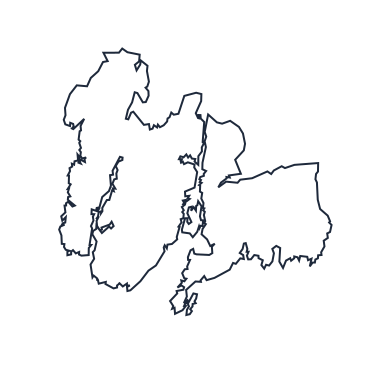 Tysvær nor, Rogaland, Norway, rotated 14°
{"feature_id": "86288312B7818860618631", "entity_name": "Tysvær nor", "entity_type": "district", "adm_level": 2, "iso_a3": "NOR", "parent_name": "Norway", "parent_adm1": "Rogaland", "projection": "albers", "projection_center": [5.664, 59.38], "detail": "fine", "context": "isolated", "style": "outline", "palette": "slate", "viewbox_px": 384, "rotation_deg": 14, "n_neighbors": 0, "source": "geoboundaries", "source_scale": "gbopen_adm2", "svg_char_len": 6058}
<svg xmlns="http://www.w3.org/2000/svg" viewBox="0 0 384 384"><g transform="rotate(14 192 192)"><path d="M52.7,157.0L57.7,157.5L57.1,154.3L60.2,154.7L61.3,156.9L60.1,159.4L61.6,159.7L69.7,147.1L67.9,154.8L69.4,159.1L68.3,160.2L69.3,168.6L71.3,169.7L70.7,171.6L73.6,176.1L72.5,178.5L74.5,180.2L74.9,183.9L77.3,186.0L80.9,184.1L79.7,185.9L80.9,188.8L76.2,187.6L75.8,190.0L77.1,191.3L74.7,191.0L74.4,185.2L71.9,183.3L73.8,188.9L70.6,190.6L71.0,194.0L68.6,193.6L69.6,196.3L67.4,198.5L68.6,201.2L67.4,206.1L68.7,205.9L70.3,213.3L72.4,213.9L70.7,219.0L71.8,218.5L71.6,222.4L75.0,225.7L73.0,226.9L73.4,229.6L81.6,233.5L79.5,235.0L74.2,231.4L72.5,233.4L73.1,235.5L71.6,236.0L74.1,242.4L71.0,247.2L73.1,251.2L75.6,246.9L76.4,252.3L74.2,253.6L73.6,255.7L76.3,254.5L72.6,257.4L72.2,260.6L75.8,265.7L78.2,273.8L80.8,273.4L81.1,276.3L83.5,278.6L87.3,278.7L85.5,279.9L86.4,283.5L89.8,281.8L89.2,279.2L90.6,277.2L94.1,279.7L97.0,277.5L97.5,280.0L100.1,280.5L107.0,278.2L105.4,271.3L107.0,267.8L105.4,268.2L103.9,251.5L102.2,249.5L103.3,243.5L101.8,240.0L102.4,237.2L99.8,237.8L98.9,233.1L104.9,233.6L105.6,231.6L103.4,232.5L103.4,230.5L105.9,229.3L106.1,218.6L111.2,211.2L111.8,205.5L108.4,195.5L111.2,194.3L109.8,190.6L113.6,175.3L116.3,175.4L116.7,177.8L113.3,180.3L111.7,185.2L114.5,188.7L114.1,192.3L115.8,197.3L113.5,198.5L112.8,203.2L116.8,207.3L114.4,207.7L115.9,210.1L114.1,209.8L113.7,219.7L111.3,220.4L108.8,229.1L109.7,232.3L108.9,234.6L108.5,232.8L106.4,234.0L106.7,238.7L105.5,241.5L107.5,238.0L106.4,243.1L108.1,247.9L111.9,251.5L113.7,250.2L112.8,248.4L120.0,243.5L121.2,240.3L124.2,244.0L122.3,247.0L119.9,245.6L114.5,253.6L107.4,247.8L108.0,251.0L105.5,253.7L105.5,257.1L111.4,263.1L111.6,272.1L110.3,274.4L113.2,280.5L111.1,286.9L116.1,298.9L116.8,296.9L120.7,298.7L121.7,299.8L120.3,300.4L121.9,300.0L123.7,303.5L130.1,300.1L130.3,302.2L139.2,304.5L142.4,302.8L141.9,300.8L143.8,298.4L142.9,297.6L147.7,300.4L151.0,296.6L151.5,298.4L154.3,297.8L151.9,299.8L153.3,303.7L156.0,302.3L163.5,291.1L168.8,278.8L174.8,272.0L179.7,256.2L178.0,252.7L178.4,250.3L181.2,252.8L180.9,249.0L185.1,247.3L189.1,241.5L188.1,239.4L188.4,228.9L187.3,228.9L189.2,224.0L187.6,221.1L189.9,219.6L189.3,215.2L187.4,213.8L188.4,211.7L185.8,209.0L188.2,206.0L188.3,204.2L187.4,205.9L186.4,205.9L187.0,204.4L185.2,202.5L187.9,201.2L188.1,203.4L191.4,199.3L189.3,199.2L190.2,196.4L186.5,197.8L185.1,193.3L193.4,187.1L192.2,171.4L188.2,167.6L187.8,164.7L180.8,164.2L177.5,166.9L175.8,164.8L174.3,166.2L173.5,164.7L174.1,164.2L174.3,162.6L171.4,163.3L172.1,160.2L175.5,160.3L177.4,156.9L179.9,159.5L181.3,156.9L183.8,159.6L187.2,159.2L187.1,161.8L191.5,164.1L189.5,155.7L191.8,150.2L190.7,146.3L191.8,141.7L190.3,141.1L186.9,121.1L182.7,118.6L181.6,115.3L179.8,115.7L180.9,118.8L180.0,118.8L176.6,114.6L178.9,101.6L177.4,94.7L172.0,94.7L161.3,100.6L159.9,119.4L155.6,121.4L152.7,119.9L152.1,124.9L150.5,126.6L150.8,129.6L148.4,134.1L145.2,136.9L142.6,134.9L142.5,137.8L138.9,136.4L138.4,140.1L136.0,141.6L133.8,136.5L129.1,138.5L115.6,128.3L113.7,129.8L112.6,136.9L110.1,136.9L110.0,127.7L112.2,119.5L112.3,109.1L115.1,109.2L122.6,116.9L125.4,115.9L126.6,109.1L125.3,104.6L121.7,102.0L123.1,100.5L123.5,95.4L119.0,85.5L118.3,80.3L110.6,76.8L110.9,81.0L108.8,87.4L105.8,82.4L109.1,78.1L108.0,71.4L95.5,72.0L89.6,69.7L87.4,74.5L72.4,78.3L78.5,85.4L74.2,87.4L71.8,97.5L66.2,105.8L64.6,114.8L54.4,116.4L49.9,126.6L48.4,141.1L50.7,148.1L50.1,153.0L52.7,157.0ZM188.9,112.9L189.8,130.6L192.4,134.8L192.0,139.7L194.6,145.0L195.1,161.1L196.5,167.4L200.6,168.2L199.0,171.6L199.6,173.4L196.4,175.5L196.1,177.8L197.8,178.2L197.1,180.5L199.1,180.8L197.2,183.6L198.4,183.9L199.6,189.7L202.1,190.4L202.6,196.1L205.8,199.9L206.5,204.9L207.9,204.9L207.2,207.0L209.2,208.1L209.1,211.5L211.9,217.1L211.4,219.2L213.2,219.8L211.2,225.3L211.5,230.7L218.1,234.3L222.8,240.0L226.6,236.7L224.5,240.3L226.5,246.4L224.0,248.9L211.4,251.4L209.1,251.2L206.9,246.9L204.7,248.9L203.8,256.2L204.6,258.8L206.5,258.4L205.3,265.4L206.3,267.8L203.7,268.7L202.1,273.1L205.4,277.6L207.5,277.5L206.2,280.5L203.0,280.4L204.1,282.5L201.0,288.2L204.3,285.2L207.4,286.3L207.3,288.9L201.0,291.8L202.2,294.0L197.1,303.1L201.4,307.2L201.0,310.1L203.1,308.6L205.0,314.3L211.4,309.0L213.5,304.2L211.9,304.5L212.3,302.5L215.0,299.8L213.8,298.1L211.0,301.8L212.3,294.7L210.0,288.4L217.0,278.0L222.4,277.0L221.7,275.7L224.2,270.6L227.5,274.0L234.6,269.9L247.4,258.2L249.0,250.9L251.9,251.1L254.9,244.7L258.5,244.5L256.9,240.8L253.1,239.6L254.9,235.0L254.8,229.5L256.5,228.6L259.5,233.9L259.5,236.8L261.3,236.3L260.7,240.5L262.8,243.8L265.5,243.0L267.7,238.1L271.9,237.8L272.6,240.1L277.2,241.1L277.0,246.1L280.6,248.9L281.5,244.7L284.6,244.7L286.8,239.9L286.3,231.6L283.7,227.8L286.8,223.9L291.1,225.0L293.6,238.4L298.7,243.7L299.8,235.8L303.3,232.5L304.8,234.7L307.2,231.6L306.8,229.8L310.2,229.8L312.5,232.6L312.5,227.9L319.5,227.0L321.1,230.1L324.1,227.8L324.3,235.7L326.1,231.3L328.3,230.7L328.0,227.7L330.2,225.9L329.7,222.9L332.9,221.8L331.9,219.2L333.7,212.8L331.6,207.4L334.9,203.7L333.2,199.5L335.6,197.4L335.4,190.2L332.4,188.4L333.1,187.1L329.4,182.1L320.4,177.5L315.9,169.1L310.9,152.5L308.7,149.8L308.0,144.5L309.3,141.7L307.4,133.4L284.8,140.9L276.4,146.3L272.8,145.3L266.2,151.3L264.5,155.4L260.2,153.8L247.0,164.1L235.8,168.4L234.0,172.0L222.6,173.7L216.4,181.1L217.8,175.9L222.3,170.4L221.8,169.1L225.1,168.8L223.8,167.0L235.0,162.5L226.1,150.3L232.2,139.1L231.8,132.4L227.3,122.9L221.8,117.5L211.8,113.7L204.7,118.4L199.3,118.4L188.9,112.9ZM204.7,203.5L200.2,199.4L200.4,203.5L199.4,204.6L200.3,209.1L197.3,206.3L195.7,210.4L195.3,206.3L192.7,207.7L192.6,213.7L198.7,221.3L196.6,223.8L194.6,222.1L194.0,218.5L191.6,219.2L191.3,231.1L192.3,233.5L199.9,232.7L203.7,235.7L206.7,229.4L207.1,223.7L208.0,225.3L208.5,222.7L210.4,222.5L209.7,216.8L207.6,217.2L205.6,213.7L204.7,203.5ZM221.6,290.0L217.9,290.1L215.0,301.5L216.7,303.7L215.6,307.5L216.3,312.7L219.4,311.1L220.7,307.6L218.6,306.1L220.2,303.0L219.7,300.5L222.5,299.0L220.9,297.4L221.8,294.4L221.6,290.0Z" fill="none" stroke="#1e293b" stroke-width="2"/></g></svg>